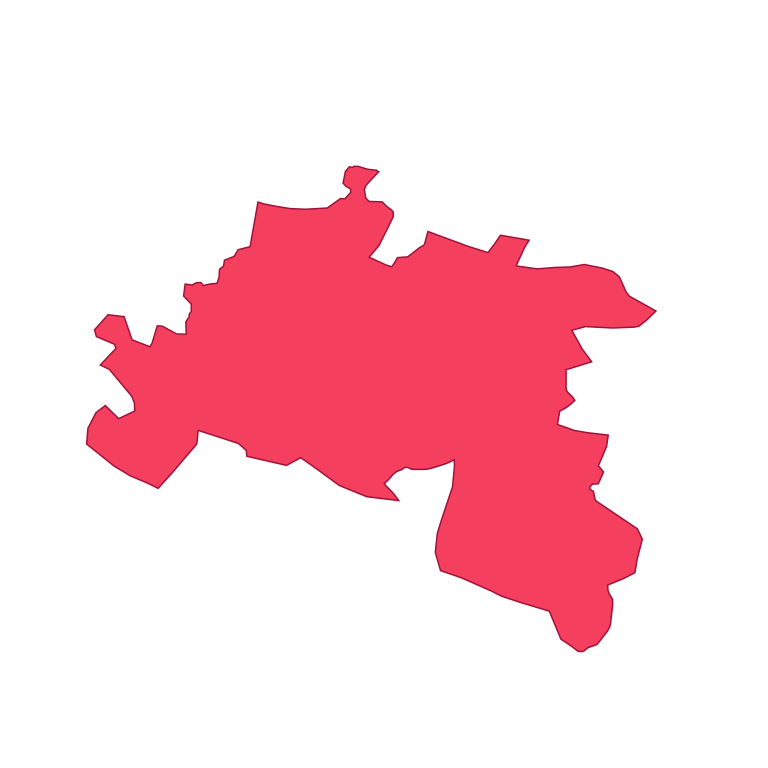 Bindawa, Katsina, Nigeria (Equal Earth projection), rotated 106°
{"feature_id": "59680162B3936014826761", "entity_name": "Bindawa", "entity_type": "district", "adm_level": 2, "iso_a3": "NGA", "parent_name": "Nigeria", "parent_adm1": "Katsina", "projection": "equal_earth", "projection_center": [7.884, 12.708], "detail": "fine", "context": "isolated", "style": "filled", "palette": "rose", "viewbox_px": 768, "rotation_deg": 106, "n_neighbors": 0, "source": "geoboundaries", "source_scale": "gbopen_adm2", "svg_char_len": 2950}
<svg xmlns="http://www.w3.org/2000/svg" viewBox="0 0 768 768"><g transform="rotate(106 384 384)"><path d="M225.3,383.8L238.4,383.6L241.0,384.9L241.4,385.9L243.2,387.5L255.2,396.2L258.8,405.9L266.5,407.9L269.2,409.0L269.0,415.0L266.2,433.2L252.4,427.0L232.9,423.4L220.4,421.2L215.8,422.7L214.6,424.9L212.2,431.1L209.4,435.8L212.6,448.7L210.3,452.7L202.5,456.5L197.9,456.0L181.4,447.7L181.5,449.2L180.5,449.8L181.1,453.3L181.5,455.5L182.1,459.4L181.9,468.9L182.6,471.1L182.9,472.3L182.8,472.7L184.4,473.7L184.8,477.2L190.3,479.7L202.2,478.7L204.4,475.2L205.7,469.9L208.9,468.8L216.8,472.7L217.7,477.0L219.5,478.3L230.5,487.1L237.7,507.8L241.2,522.3L242.7,534.2L244.0,549.0L243.8,555.3L288.9,550.6L295.1,561.2L302.7,563.3L309.0,571.5L311.5,571.1L314.9,570.8L316.0,571.4L316.6,572.1L319.0,573.7L320.0,573.5L326.9,572.0L333.2,572.2L336.0,579.2L339.1,584.8L336.9,588.1L338.3,592.2L341.7,595.7L342.8,602.7L354.7,600.9L360.3,591.3L367.3,589.3L370.2,590.4L373.2,589.9L378.8,591.6L390.6,587.9L393.1,597.0L389.5,613.1L390.6,618.0L408.7,618.2L412.7,619.3L411.0,638.3L390.9,652.4L393.5,668.4L411.7,677.2L417.7,673.5L420.1,654.0L423.7,651.5L444.0,662.0L445.6,652.1L465.4,623.0L471.2,618.6L478.7,616.2L490.4,629.5L481.5,646.0L491.0,653.0L508.2,656.4L523.7,653.3L537.3,620.8L542.2,602.7L544.6,583.0L546.6,572.4L528.2,563.3L493.2,547.4L479.8,549.9L481.3,507.6L485.8,498.1L491.3,495.9L489.1,455.3L477.8,443.7L483.9,426.1L493.9,398.9L497.1,369.5L492.0,337.7L490.5,339.7L487.1,344.1L484.2,348.8L481.4,354.0L479.2,356.3L476.2,354.1L472.5,352.2L468.5,350.4L464.8,347.8L462.5,345.0L461.2,343.0L458.6,341.3L457.6,338.3L458.4,334.1L457.0,328.7L456.4,326.7L455.4,323.1L454.2,319.6L453.3,317.8L451.2,314.1L448.0,309.2L444.6,304.2L442.0,300.6L437.5,295.6L443.7,293.6L463.9,289.8L498.5,291.3L512.5,291.6L531.7,288.3L547.8,278.2L549.0,256.0L553.4,223.9L555.6,212.3L556.4,192.3L556.5,185.0L556.8,162.5L580.6,143.5L581.5,140.6L584.5,131.3L587.5,123.7L586.8,120.5L585.6,118.2L581.2,115.2L575.6,107.4L559.8,101.0L554.9,100.0L551.4,100.2L547.0,101.1L533.6,103.2L528.0,104.9L523.7,109.5L520.8,111.8L515.6,113.5L504.6,99.7L496.2,90.8L482.2,92.4L462.1,92.9L456.6,97.6L453.3,100.7L444.7,127.3L439.5,143.3L438.5,146.4L437.3,149.0L429.3,153.2L429.0,155.3L427.8,157.4L426.3,157.7L425.1,157.2L422.9,156.2L420.8,150.5L408.0,148.7L403.5,155.4L382.9,152.8L371.3,154.4L374.7,174.8L376.2,188.2L375.1,206.1L361.6,207.6L356.1,202.0L351.5,198.7L347.1,196.0L345.9,197.7L344.2,199.5L343.5,201.1L342.1,203.8L340.6,206.1L339.5,206.9L336.6,208.3L334.0,208.9L332.0,209.5L328.5,210.4L325.6,211.4L322.8,212.0L320.3,213.2L305.4,190.5L296.0,202.8L280.6,218.3L273.3,206.2L267.2,179.9L260.4,159.3L258.4,155.1L250.1,149.1L238.9,142.7L231.9,172.5L228.5,176.9L216.1,187.3L212.8,195.0L212.4,206.1L213.9,224.4L220.1,237.1L224.9,251.9L231.1,268.5L233.9,288.4L233.5,289.5L215.0,286.7L205.8,284.2L208.9,313.1L218.8,316.3L229.0,320.3L228.5,340.8L225.3,383.8Z" fill="#f43f5e" stroke="#9f1239" stroke-width="1.5"/></g></svg>